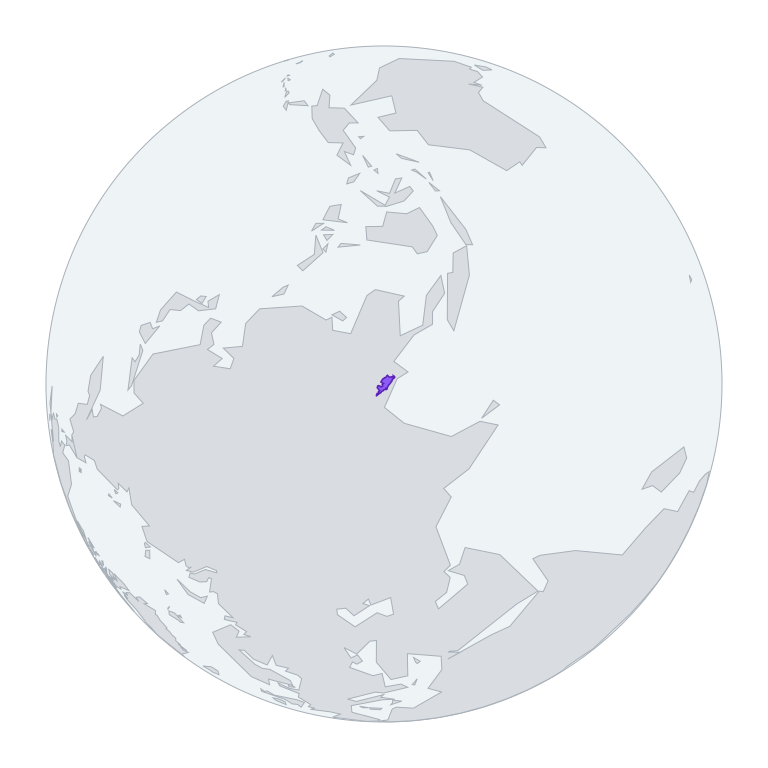 globe centered on Magway, rotated 234°
{"feature_id": "MMR-3276", "entity_name": "Magway", "entity_type": "Division", "adm_level": 1, "iso_a3": "MMR", "parent_name": "Myanmar", "parent_adm1": "", "projection": "orthographic", "projection_center": [94.956, 20.535], "detail": "fine", "context": "on_globe", "style": "filled", "palette": "violet", "viewbox_px": 768, "rotation_deg": 234, "n_neighbors": 0, "source": "natural_earth", "source_scale": "10m", "svg_char_len": 13621}
<svg xmlns="http://www.w3.org/2000/svg" viewBox="0 0 768 768"><g transform="rotate(234 384 384)"><circle cx="384" cy="384" r="338" fill="#eef3f6" stroke="#a8b0b8"/><path d="M521.3,75.2L529.3,80.5L543.1,88.2L531.8,82.9L565.1,102.7L577.5,114.4L557.0,98.0L549.9,94.1L555.1,99.7L549.0,97.1L548.0,98.7L540.2,95.4L528.8,87.2L523.5,85.3L527.5,89.6L522.2,89.8L517.1,83.6L507.3,83.6L486.5,72.2L479.2,62.2L461.1,56.8L437.8,50.4L466.3,56.3L494.2,64.6L521.3,75.2ZM435.3,50.0L432.3,49.6L427.1,48.8L435.3,50.0ZM403.7,46.7L406.8,46.9L405.4,47.0L400.3,46.8L396.9,46.4L399.0,46.4L395.4,46.3L403.7,46.7ZM385.6,46.1L385.0,46.1L381.7,46.1L385.6,46.1ZM554.4,95.0L550.8,92.1L556.4,96.0L554.4,95.0ZM549.2,99.6L552.2,101.4L550.4,101.6L549.2,99.6ZM536.8,96.9L533.0,97.1L534.9,95.4L536.8,96.9ZM529.5,96.3L520.6,97.7L526.4,101.6L504.8,92.3L519.6,93.6L521.0,90.6L524.3,94.0L529.5,96.3ZM406.6,46.8L414.3,47.5L410.2,47.2L406.3,46.8L406.6,46.8ZM415.7,47.7L442.6,51.3L445.9,52.4L436.2,50.6L444.3,52.8L432.7,51.4L425.7,49.9L425.8,49.3L421.3,49.4L415.7,47.7ZM494.4,87.5L490.5,87.0L492.4,86.0L494.4,87.5ZM405.5,47.1L410.6,47.4L413.9,48.3L404.2,47.8L406.3,47.6L405.5,47.1ZM452.1,54.4L452.8,55.4L443.6,54.4L442.6,54.7L432.7,51.6L452.1,54.4ZM402.9,47.3L399.2,47.6L393.0,47.2L400.7,46.9L402.9,47.3ZM418.8,48.8L419.9,49.3L416.1,48.8L418.8,48.8ZM368.7,47.1L374.8,46.8L377.0,47.1L368.7,47.1ZM398.2,47.8L400.4,48.0L401.9,48.3L398.3,48.5L398.2,47.8ZM426.9,51.4L422.9,51.0L430.5,52.6L423.9,52.4L418.5,50.5L418.1,51.3L416.1,51.3L413.9,49.9L426.9,51.4ZM399.2,49.7L390.1,48.1L378.3,48.2L376.0,47.7L395.4,47.8L399.2,49.7ZM408.0,49.8L402.1,49.5L402.2,48.8L406.4,48.6L408.0,49.8ZM421.4,53.2L432.9,53.9L433.7,54.3L421.4,53.2ZM395.8,49.7L398.1,50.2L394.9,49.8L395.8,49.7ZM413.5,52.1L417.5,52.1L418.3,52.6L413.5,52.1ZM399.3,51.3L396.4,50.6L399.1,50.3L399.3,51.3ZM405.8,51.7L405.9,52.4L401.9,50.5L407.4,51.6L405.8,51.7ZM413.6,52.6L415.4,52.9L411.8,52.5L413.6,52.6ZM390.6,53.4L384.8,51.1L390.9,50.1L395.7,52.4L390.6,53.4ZM107.3,190.0L114.7,180.9L109.9,189.7L116.2,199.5L115.3,204.1L104.4,217.3L101.0,249.5L111.9,240.8L118.9,262.9L130.1,270.2L152.1,244.4L133.9,231.7L140.8,216.0L163.5,214.3L180.9,227.1L184.2,221.5L181.6,203.2L194.3,196.7L181.7,196.3L180.4,203.4L172.5,203.7L173.3,197.4L177.7,195.1L174.9,189.6L154.5,203.6L150.9,212.3L138.3,207.0L131.2,221.4L124.7,224.9L134.2,202.1L139.9,195.7L150.5,169.2L143.4,175.1L132.9,201.1L132.4,197.3L122.7,207.3L129.6,196.9L143.0,168.5L137.3,165.1L115.1,183.2L114.9,181.0L121.5,171.4L144.7,146.6L142.5,154.7L150.7,147.5L164.0,133.3L162.2,137.5L167.4,133.2L167.8,136.3L181.1,130.7L183.4,133.4L200.9,122.3L204.4,122.6L193.1,128.8L186.5,135.2L193.9,144.1L198.9,143.2L209.6,135.6L210.3,139.7L219.7,131.4L230.0,134.1L225.4,124.3L237.9,116.8L250.7,114.4L254.0,110.5L233.2,114.8L225.6,118.3L220.3,123.9L199.0,133.9L193.8,133.0L213.1,117.1L207.9,114.7L225.2,104.7L271.0,97.0L283.8,99.5L279.3,118.5L269.3,121.5L265.9,115.7L257.8,127.7L263.8,123.4L264.4,127.3L276.5,122.4L277.5,125.0L287.4,116.4L289.9,119.1L283.6,124.5L303.7,121.0L312.2,126.0L316.3,124.0L318.2,120.6L327.9,130.0L330.4,128.3L328.3,124.4L332.0,118.7L342.3,112.6L345.1,116.2L341.7,118.8L338.9,130.4L329.5,137.8L331.7,138.8L340.5,133.3L344.0,119.0L349.4,114.5L349.2,120.8L349.7,118.1L353.3,117.0L359.4,119.6L360.3,112.7L395.8,99.7L411.1,104.5L407.0,110.8L434.7,108.9L449.9,116.6L447.8,112.7L459.8,110.6L455.2,108.0L455.1,106.1L483.6,102.0L492.4,104.7L502.4,100.6L501.4,98.9L495.4,96.6L504.8,92.3L526.4,101.6L527.6,104.8L540.3,109.3L541.4,116.5L548.1,125.3L541.9,132.0L547.8,139.2L552.1,140.3L563.3,151.7L571.4,173.2L545.9,150.8L529.9,122.3L534.8,132.9L528.1,129.5L526.4,132.9L530.3,141.1L534.2,142.7L511.6,154.0L509.9,177.9L523.7,176.5L533.9,183.9L544.0,214.8L523.9,258.4L537.3,272.7L539.2,282.4L529.8,288.6L526.8,274.5L516.0,269.7L515.7,261.4L499.7,268.1L498.6,256.6L486.7,268.5L492.9,277.6L507.5,275.1L497.6,291.6L514.3,307.7L517.9,327.6L495.3,363.5L469.8,374.7L468.6,381.1L457.6,374.0L444.3,386.6L465.6,422.2L465.4,432.5L443.2,452.0L442.5,444.4L413.5,425.5L408.8,449.9L430.8,470.4L438.4,493.8L421.8,486.4L414.0,465.7L403.8,458.3L406.0,437.1L396.5,405.2L379.6,410.5L380.5,397.7L364.8,370.6L340.3,377.3L301.9,407.6L297.4,439.7L283.8,452.2L265.4,402.9L264.4,370.9L253.1,372.0L238.0,342.1L198.4,331.2L197.0,322.2L188.6,323.9L178.6,312.2L177.9,297.7L170.0,295.9L172.9,334.2L181.9,336.4L195.2,326.3L193.8,339.1L204.0,353.5L177.9,377.4L126.0,386.8L128.0,362.1L124.9,286.9L128.9,280.5L129.2,279.7L129.6,278.2L122.1,288.0L124.0,273.9L118.0,323.5L114.0,343.4L125.2,388.0L122.4,390.7L128.2,401.0L155.1,401.7L153.7,409.5L136.7,441.0L105.6,476.3L113.8,510.8L118.5,537.3L108.2,546.6L118.3,568.2L114.3,570.9L120.1,582.2L122.1,590.7L122.0,595.7L113.5,586.5L99.9,566.9L87.7,546.4L77.0,525.1L67.8,503.1L62.5,488.0L57.3,467.5L53.3,448.0L46.9,398.1L47.8,377.0L47.9,365.0L47.1,362.4L48.1,348.1L48.4,344.8L48.4,344.7L52.0,321.1L57.3,297.8L64.2,274.9L72.7,252.6L82.7,230.9L94.3,210.0L107.3,190.0ZM192.2,256.5L207.3,263.9L212.9,243.5L219.2,245.0L218.8,237.9L213.2,242.0L214.1,223.5L225.1,221.3L229.6,213.4L224.7,210.7L204.5,217.9L203.0,244.0L194.3,249.7L192.2,256.5ZM195.4,109.7L191.4,113.5L185.1,117.2L182.2,116.4L191.3,110.7L195.4,109.7ZM187.2,118.5L207.2,104.4L209.8,105.2L204.9,107.0L204.7,108.9L196.8,112.4L179.7,128.0L173.1,132.5L171.3,126.9L175.5,125.8L179.2,121.7L187.2,118.5ZM253.6,75.6L262.3,71.8L256.7,78.1L249.3,81.0L245.8,79.6L252.7,75.5L253.6,75.6ZM365.7,46.6L371.8,46.3L391.2,46.2L393.3,46.6L389.6,47.0L385.3,47.1L385.3,46.6L379.5,47.1L376.2,46.5L371.4,46.9L346.7,48.2L349.7,47.8L349.1,47.9L365.7,46.6ZM312.2,53.8L316.4,52.9L318.9,53.1L324.5,51.7L327.3,51.6L321.7,52.8L332.1,51.1L332.9,51.4L346.3,51.1L360.8,49.5L366.1,49.8L360.8,50.6L369.7,50.4L363.4,52.4L367.0,52.8L364.4,55.7L352.2,57.8L357.1,58.2L355.4,61.1L345.5,63.6L347.3,60.8L335.1,65.9L331.8,63.6L330.6,64.4L324.1,64.0L314.2,65.1L314.1,63.8L310.3,64.9L305.9,65.0L300.7,66.1L298.7,64.6L292.1,66.1L294.9,64.6L284.0,67.8L291.3,64.9L286.3,65.4L281.9,67.9L284.4,61.5L280.3,62.4L312.2,53.8ZM389.4,54.1L375.6,56.1L366.9,56.2L375.1,51.3L372.7,50.6L377.7,48.5L390.1,48.7L387.6,49.2L388.0,49.8L383.9,49.4L387.5,50.2L384.1,51.1L385.9,52.1L380.9,52.3L389.4,54.1ZM120.5,201.0L121.0,203.3L123.1,205.2L117.0,212.0L120.5,201.0ZM129.2,181.6L130.5,182.1L122.9,191.6L122.5,189.7L129.2,181.6ZM137.6,174.8L131.1,181.4L134.4,176.7L137.6,174.8ZM195.0,129.2L197.2,129.8L194.9,131.9L190.7,133.9L195.0,129.2ZM308.6,81.6L311.0,79.2L313.2,79.0L323.6,74.7L326.9,76.6L322.0,79.9L308.6,81.6ZM145.4,247.1L138.4,250.3L138.3,246.5L140.7,246.1L145.4,247.1ZM124.2,230.2L126.0,237.6L122.5,232.0L124.2,230.2ZM314.0,82.9L317.8,80.8L317.1,83.1L314.0,82.9ZM329.9,77.8L330.1,80.1L328.5,76.3L329.9,77.8ZM286.0,691.9L292.8,695.0L287.6,694.3L286.0,691.9ZM155.5,548.7L156.8,589.6L146.2,585.4L138.2,570.9L133.6,544.8L143.9,541.6L147.2,530.9L155.5,548.7ZM519.6,543.3L529.0,543.9L528.5,545.3L519.6,543.3ZM509.9,539.1L520.8,538.8L507.8,542.4L509.9,539.1ZM525.0,538.7L536.0,535.0L540.8,532.2L539.8,535.3L525.0,538.7ZM502.4,539.7L461.1,541.1L444.6,537.5L448.7,532.2L475.4,533.0L502.4,539.7ZM447.3,532.1L421.9,517.1L386.0,471.8L398.8,473.0L436.2,500.5L433.8,505.2L449.3,517.0L447.3,532.1ZM508.4,502.4L505.9,516.4L483.2,516.3L472.9,514.4L465.7,496.7L469.7,487.5L478.3,487.5L510.6,454.8L522.0,461.8L512.3,475.6L521.6,487.3L508.4,502.4ZM298.9,442.9L306.6,462.9L299.2,465.2L298.9,442.9ZM523.0,431.9L510.4,446.5L521.7,427.3L523.0,431.9ZM529.2,413.9L530.4,421.0L524.8,414.5L529.2,413.9ZM468.9,390.9L459.9,392.8L459.3,387.7L470.6,382.5L468.9,390.9ZM520.5,344.7L521.6,359.5L520.3,364.6L515.6,355.9L520.5,344.7ZM347.8,101.8L329.7,105.1L318.9,110.1L316.2,116.4L312.2,109.6L328.9,101.8L347.8,101.8ZM389.5,99.3L391.8,94.8L396.0,96.5L396.0,97.8L389.5,99.3ZM387.2,96.7L380.3,91.9L384.9,89.3L389.5,93.5L387.2,96.7ZM346.5,85.6L340.9,86.3L341.6,84.2L346.5,85.6ZM574.6,656.0L579.6,648.4L589.0,644.6L580.6,652.7L574.6,656.0ZM554.9,630.7L492.4,655.1L479.9,653.9L485.7,646.4L479.7,624.3L484.0,624.5L484.5,608.7L523.0,591.0L551.4,560.6L569.7,559.9L585.4,537.5L603.3,535.9L596.2,552.9L612.6,559.7L629.1,521.2L633.9,556.7L642.3,566.2L638.4,587.6L603.9,630.3L589.0,640.8L588.5,638.4L581.7,643.3L574.5,644.1L575.1,634.0L568.2,638.8L577.0,628.8L566.0,638.4L564.3,631.8L554.9,630.7ZM680.4,532.5L681.6,532.5L681.9,537.0L680.0,537.6L680.4,532.5ZM702.7,496.5L702.3,497.5L703.9,492.9L703.5,493.9L702.7,496.5ZM693.6,505.4L693.7,507.1L693.0,508.4L693.6,505.4ZM693.2,505.0L694.8,500.7L693.9,504.5L693.2,505.0ZM688.9,489.4L690.2,486.8L690.5,488.1L688.9,489.4ZM542.7,542.8L556.1,530.9L563.0,529.2L542.7,542.8ZM687.9,486.0L685.2,487.0L685.7,484.7L687.9,486.0ZM688.6,481.0L688.6,478.2L689.6,484.2L688.6,481.0ZM683.7,477.0L686.8,480.6L683.2,477.8L683.7,477.0ZM681.5,478.6L679.0,477.4L679.2,476.4L681.5,478.6ZM648.5,493.5L658.5,507.7L649.5,510.0L639.8,501.9L630.5,514.0L610.5,516.5L615.6,509.3L613.3,500.1L591.6,499.8L587.3,494.1L595.3,488.6L580.5,485.6L596.8,480.4L603.1,492.6L612.1,480.8L627.0,480.5L640.9,481.9L651.3,489.0L648.5,493.5ZM596.2,509.2L598.9,508.8L596.3,513.1L596.2,509.2ZM674.2,472.2L677.8,477.0L677.2,478.8L675.4,478.5L674.2,472.2ZM653.8,486.1L665.3,472.1L667.8,471.5L660.1,485.9L653.8,486.1ZM662.9,465.8L667.9,465.8L670.3,471.1L669.2,473.1L662.9,465.8ZM563.0,501.6L562.3,505.3L557.9,503.0L563.0,501.6ZM568.7,498.8L581.6,501.1L567.4,502.0L568.7,498.8ZM528.0,489.9L532.0,498.3L544.6,491.7L535.0,500.5L543.2,513.9L540.2,519.5L532.1,504.9L528.7,521.0L523.0,521.1L520.3,507.8L526.1,490.7L531.7,483.3L554.4,478.5L528.0,489.9ZM568.7,488.2L565.3,478.4L567.8,471.4L571.6,476.3L568.7,488.2ZM554.4,454.9L544.5,443.9L536.0,449.2L552.8,431.1L559.6,444.6L554.4,454.9ZM545.3,429.5L537.4,434.3L545.3,423.9L545.3,429.5ZM535.1,430.5L533.7,422.2L540.2,422.8L535.1,430.5ZM549.5,429.5L550.3,415.2L554.0,423.3L549.5,429.5ZM529.8,403.8L544.5,416.4L526.1,411.9L523.3,384.8L530.9,383.6L529.8,403.8ZM559.3,291.6L556.2,284.2L562.6,281.9L562.9,287.5L559.3,291.6ZM580.4,270.1L563.3,278.9L549.0,287.1L554.4,290.2L553.1,303.3L543.8,292.0L552.2,277.0L563.4,273.2L563.0,262.5L570.0,254.7L565.3,242.0L567.7,236.1L575.3,246.8L580.4,270.1ZM562.8,236.7L557.1,214.7L570.0,216.7L574.1,221.9L571.3,231.0L564.7,229.3L562.8,236.7ZM559.5,210.2L553.0,208.7L531.0,178.8L529.6,173.3L553.2,195.6L548.3,195.6L551.4,203.0L559.5,210.2ZM492.8,88.8L490.7,87.1L494.5,88.5L492.8,88.8ZM452.3,104.8L452.8,102.5L457.3,103.7L452.3,104.8ZM456.8,96.9L451.4,97.1L455.9,95.4L456.8,96.9ZM439.5,98.2L448.7,96.5L441.5,100.4L439.5,98.2Z" fill="#d9dde1" stroke="#a8b0b8" stroke-width="1"/><path d="M383.3,396.8L383.2,396.7L382.9,396.2L383.0,395.9L383.0,395.7L382.8,395.4L382.9,395.1L383.0,395.0L383.1,394.9L383.0,394.7L382.7,394.4L382.8,394.2L383.0,394.2L383.1,393.9L382.8,393.5L382.7,393.4L382.5,392.9L382.2,392.6L381.9,392.5L381.8,392.4L381.7,392.2L381.6,391.9L381.7,391.7L381.8,391.7L381.6,391.2L381.1,390.5L381.1,390.4L381.0,389.7L380.7,388.7L380.5,388.2L380.5,387.9L380.6,387.7L380.5,387.4L380.3,387.1L380.2,387.0L380.1,386.9L380.1,386.5L379.9,386.2L379.6,385.6L379.6,385.4L378.9,384.2L378.7,384.0L378.6,383.9L378.3,383.8L378.2,383.8L378.2,383.7L378.2,383.0L378.6,383.3L378.8,383.3L379.3,383.2L379.5,383.1L379.5,382.9L379.3,382.7L379.2,382.6L379.2,382.3L379.1,382.2L379.0,381.8L378.9,381.7L379.0,381.5L379.3,380.9L379.4,380.7L379.4,380.2L379.3,379.9L379.0,379.8L378.9,379.7L379.1,379.4L379.2,378.7L379.4,378.1L379.5,378.0L379.5,377.9L379.4,377.8L379.1,377.2L378.9,376.8L378.8,376.6L378.8,376.4L378.8,376.0L378.9,375.8L379.0,375.7L378.9,375.1L378.9,374.9L379.0,374.7L379.0,374.4L378.9,373.6L378.9,373.4L379.0,373.2L378.9,373.1L379.0,372.9L378.9,372.2L378.9,371.9L378.9,371.7L378.8,371.3L379.0,371.3L379.3,371.3L379.3,371.2L379.5,371.3L379.5,371.5L379.7,371.8L380.0,372.1L380.2,372.5L380.4,372.9L380.4,373.1L380.2,373.6L380.1,373.8L380.2,374.5L380.3,374.7L380.6,374.7L380.8,374.9L380.9,375.0L381.0,375.0L381.0,375.4L380.9,376.4L381.0,376.5L381.4,376.7L381.5,376.7L381.8,376.5L382.1,376.4L382.3,376.4L382.4,376.5L382.5,376.5L382.8,376.4L383.0,376.4L383.4,376.4L383.8,376.5L384.5,376.5L384.7,376.4L384.8,376.3L385.1,376.4L385.1,376.5L385.3,376.7L385.4,376.9L385.5,377.0L385.6,377.3L385.8,377.5L386.1,377.7L386.0,378.0L386.1,378.5L385.9,378.6L385.7,378.6L385.6,378.8L385.3,379.1L385.1,379.3L384.9,379.4L384.7,379.5L384.5,379.4L384.4,379.4L384.3,379.5L384.2,379.6L384.2,379.8L383.7,379.9L383.4,379.9L383.3,380.0L383.2,380.1L383.2,380.3L383.1,380.7L383.2,381.2L383.3,381.4L383.2,381.5L383.4,381.6L383.5,381.8L383.8,382.0L384.0,382.0L384.5,382.1L384.7,382.3L384.7,382.5L384.6,382.8L384.6,383.2L384.6,383.3L384.6,383.6L384.8,383.9L384.8,384.0L385.0,383.9L385.0,383.6L385.3,383.4L385.5,383.3L385.8,383.3L386.1,383.1L386.5,383.0L386.7,382.9L386.9,382.7L387.0,382.6L387.3,382.6L387.5,382.7L387.6,382.8L387.7,383.4L388.2,384.2L388.3,384.4L388.3,384.6L388.4,384.8L388.4,385.0L388.4,385.5L388.5,385.6L388.5,385.8L388.6,386.0L388.7,386.3L388.8,386.3L388.8,386.5L388.7,386.6L388.7,386.8L388.6,387.0L388.5,387.3L388.6,387.5L388.7,387.8L388.7,388.0L388.8,388.1L388.7,388.2L388.6,388.3L388.5,388.6L388.6,388.8L388.5,389.0L388.4,389.0L388.3,389.4L388.3,389.9L388.4,390.0L388.6,390.3L388.7,390.5L388.8,390.7L388.8,390.8L389.0,391.0L389.0,391.4L389.0,391.6L388.9,391.7L388.9,391.8L388.9,392.0L388.6,392.0L388.3,392.0L387.6,392.1L387.3,392.1L387.2,392.1L386.8,392.2L386.7,392.3L386.4,392.6L386.0,392.7L385.9,392.8L385.9,393.1L385.8,393.3L385.7,393.3L385.4,393.5L385.3,393.8L385.4,394.2L385.4,394.4L385.3,394.6L385.2,394.7L385.1,394.8L384.9,394.8L384.7,395.0L384.7,395.4L384.6,395.5L384.7,395.9L385.1,396.2L384.9,396.2L384.8,396.3L384.8,396.5L384.7,396.7L384.6,396.8L384.3,396.8L384.2,396.6L383.9,396.5L383.7,396.5L383.3,396.8Z" fill="#8b5cf6" stroke="#5b21b6" stroke-width="1.5"/></g></svg>